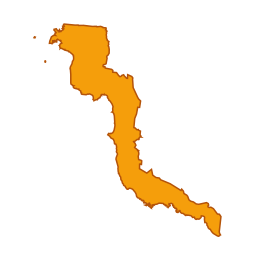 outline of Zamboanga del Norte, Zamboanga del Norte, Philippines, rotated 276°
{"feature_id": "2640588B39288775379873", "entity_name": "Zamboanga del Norte", "entity_type": "district", "adm_level": 2, "iso_a3": "PHL", "parent_name": "Philippines", "parent_adm1": "Zamboanga del Norte", "projection": "albers", "projection_center": [122.692, 8.0], "detail": "fine", "context": "isolated", "style": "filled", "palette": "amber", "viewbox_px": 256, "rotation_deg": 276, "n_neighbors": 0, "source": "geoboundaries", "source_scale": "gbopen_adm2", "svg_char_len": 5746}
<svg xmlns="http://www.w3.org/2000/svg" viewBox="0 0 256 256"><g transform="rotate(276 128 128)"><path d="M224.8,64.8L224.7,53.7L224.3,53.6L224.2,53.1L223.5,53.1L222.5,54.0L222.2,53.6L222.7,52.9L222.4,52.4L222.0,52.8L221.4,52.6L220.9,53.2L220.3,52.5L220.2,53.7L219.7,53.7L219.2,52.9L218.7,53.0L218.3,52.2L216.9,51.2L216.8,49.8L216.4,49.4L217.4,48.8L217.4,47.9L219.2,46.3L218.4,44.1L217.4,44.3L216.3,45.8L215.7,45.7L215.2,46.5L214.3,45.5L213.7,45.6L213.1,45.3L212.5,46.1L212.5,44.5L210.6,42.3L206.1,41.1L204.0,41.0L204.2,42.0L203.9,43.7L205.2,44.1L205.1,44.9L205.6,44.9L205.4,45.3L205.7,45.6L205.7,46.2L206.2,44.1L206.8,44.0L206.6,44.7L207.1,44.9L207.3,45.6L206.3,46.0L206.1,47.2L206.6,47.1L206.6,47.5L207.6,47.3L207.8,47.5L207.0,48.1L208.6,48.2L209.0,48.7L207.7,51.2L208.1,51.9L207.9,52.1L207.3,51.9L205.5,53.3L204.4,51.7L203.2,51.5L202.9,51.0L202.4,51.5L200.6,52.0L200.4,52.3L200.7,52.5L200.2,52.4L200.4,52.6L200.0,54.3L198.8,57.2L198.9,57.4L199.4,56.9L199.5,57.0L198.8,57.5L198.3,60.7L197.8,60.9L198.0,61.2L197.4,62.2L195.1,65.6L194.0,66.0L194.0,66.3L190.8,66.7L189.4,66.4L188.6,65.8L186.1,65.6L182.6,64.3L180.8,64.2L180.7,64.5L175.2,65.5L166.7,66.4L165.6,66.8L165.1,67.9L164.2,68.7L164.4,68.6L164.4,69.1L164.2,68.8L163.6,69.5L162.8,69.4L162.1,70.2L161.7,71.8L162.0,72.3L161.5,73.1L161.4,74.5L161.0,75.0L161.2,74.9L161.3,74.9L161.4,75.0L160.7,75.3L159.8,77.1L158.5,77.4L158.1,78.1L157.2,77.9L156.7,78.6L156.7,82.9L157.6,84.5L157.5,85.4L157.9,86.2L157.1,88.7L156.1,89.9L154.0,90.5L152.7,90.2L152.1,91.2L151.6,91.3L152.8,93.2L152.9,94.6L153.8,94.8L154.2,95.6L155.1,96.3L155.1,96.8L157.6,97.8L157.6,98.1L158.0,97.8L158.5,98.0L158.7,99.3L158.4,100.6L158.9,100.8L158.5,101.0L158.6,102.4L157.9,103.9L157.2,104.4L156.1,104.4L154.4,105.9L153.7,106.0L152.8,107.5L149.9,109.8L147.6,110.9L145.8,110.7L143.3,111.1L142.4,110.5L142.5,110.9L142.3,111.0L142.3,110.7L142.2,110.6L142.0,111.3L140.8,112.3L138.8,113.1L132.4,114.2L131.4,114.0L131.2,114.4L128.8,114.8L124.2,114.4L121.9,113.5L120.8,112.1L120.9,111.4L120.5,111.1L120.6,109.3L119.1,108.6L118.0,110.6L116.3,112.0L115.3,114.5L113.3,115.7L111.0,116.2L110.7,116.7L110.8,117.4L109.8,118.1L107.8,118.7L106.2,118.6L105.1,119.1L102.6,118.9L102.9,119.0L101.9,119.9L100.9,120.3L97.5,119.4L95.8,119.3L88.2,122.3L86.9,122.2L83.2,122.9L82.0,123.7L81.6,123.4L81.2,124.1L79.5,124.8L78.5,125.8L75.8,126.4L74.9,127.4L72.5,128.3L71.8,129.2L70.5,129.7L69.7,131.4L68.7,131.8L67.0,133.6L67.2,134.6L68.1,135.3L68.3,136.0L68.1,137.5L67.5,139.1L64.9,141.8L63.1,143.0L60.9,143.7L59.7,144.8L59.4,146.3L58.5,147.1L58.9,147.6L58.7,148.1L57.8,148.6L57.6,149.6L57.3,149.4L57.0,149.8L57.6,150.3L57.5,151.1L56.5,151.5L55.7,152.2L55.3,152.0L55.3,151.6L55.1,151.7L55.5,153.3L54.8,154.1L55.0,154.4L54.7,154.8L53.7,154.9L53.1,153.2L52.7,154.4L54.4,156.5L55.3,156.6L55.5,157.2L54.5,157.7L54.4,157.3L53.9,158.1L53.8,156.8L52.9,156.4L52.5,156.8L52.7,157.0L52.3,157.4L52.4,158.0L51.9,158.0L51.7,158.7L51.2,158.7L50.8,159.5L51.4,159.3L51.8,159.6L51.8,160.3L52.4,160.9L53.4,160.2L53.9,160.6L53.9,161.2L54.2,160.8L55.4,165.0L56.3,166.3L56.6,167.6L56.6,171.1L56.2,171.6L55.8,171.6L55.4,172.4L55.6,172.9L54.8,173.3L55.2,173.6L55.1,174.6L53.6,175.1L53.6,175.8L53.1,176.2L54.5,177.1L55.2,178.1L55.6,177.9L55.6,177.1L56.2,176.8L56.2,177.1L56.8,177.0L56.6,177.5L56.8,177.3L57.3,177.9L57.6,179.0L57.0,180.4L55.7,180.6L55.8,181.1L55.5,181.5L54.9,181.3L54.0,181.7L54.0,182.7L53.2,182.9L52.7,183.6L53.2,184.2L52.6,184.9L51.6,185.2L50.8,184.5L50.4,185.2L49.8,184.7L49.3,185.3L49.2,186.5L49.9,187.2L50.9,187.5L51.1,186.9L51.3,188.2L49.5,189.1L48.8,190.5L48.8,191.8L47.9,193.1L48.0,193.5L47.2,194.0L47.0,194.7L47.7,195.5L47.4,196.2L47.6,196.8L47.4,199.7L46.7,200.8L45.8,201.5L46.2,203.4L44.9,204.0L44.3,205.0L44.4,205.9L44.9,206.2L44.7,207.5L45.0,208.6L46.7,210.0L48.3,210.1L48.2,212.2L47.7,213.2L46.8,213.6L45.4,213.5L42.0,214.3L42.2,215.2L41.3,216.4L39.5,216.7L38.5,217.7L37.2,218.1L36.0,219.5L35.9,220.4L33.7,222.0L32.1,223.8L30.1,228.0L29.8,229.2L30.4,230.3L31.1,230.8L31.7,230.6L31.7,230.9L32.8,230.1L34.3,229.6L49.6,229.7L51.8,227.9L51.8,225.9L56.7,221.4L57.9,218.7L57.4,217.0L57.9,215.8L58.7,215.6L59.7,216.3L61.2,215.7L62.0,213.9L59.5,206.3L59.6,203.8L61.3,200.8L61.8,197.9L63.0,196.1L66.3,194.5L67.4,193.4L68.7,190.5L71.0,189.7L72.8,187.8L71.4,187.2L77.0,175.7L79.9,165.9L81.5,164.4L81.7,160.9L83.7,157.5L89.3,155.7L85.1,151.4L88.7,143.7L93.3,143.3L93.6,144.5L93.1,144.7L93.1,145.2L96.8,145.1L97.2,144.5L97.7,141.9L100.9,141.1L103.3,141.5L105.5,141.0L106.5,140.1L106.7,140.7L109.3,136.6L111.7,137.7L113.8,136.4L115.0,135.0L115.3,135.3L115.2,135.9L117.6,138.3L117.6,139.9L118.2,140.2L118.7,139.8L120.4,140.9L120.4,142.0L120.7,141.5L121.3,141.7L121.5,141.1L122.9,140.7L126.2,140.7L127.1,138.3L127.5,138.3L127.3,136.8L128.7,135.3L129.0,133.8L138.2,133.7L142.8,135.0L149.6,135.5L149.7,137.4L156.2,137.7L157.9,135.6L159.5,134.4L168.7,128.9L177.3,127.4L178.2,127.6L179.6,126.4L181.0,122.1L177.3,122.3L177.3,121.4L179.4,118.9L180.5,118.1L179.7,116.4L178.8,115.8L178.2,114.7L179.2,113.2L181.9,110.8L181.9,107.0L183.7,106.9L184.6,105.6L185.2,99.1L186.6,98.6L186.3,97.1L186.9,96.7L187.9,96.7L188.5,97.1L188.6,97.9L189.6,99.5L195.4,99.9L196.2,99.4L197.2,99.4L198.2,100.4L200.4,101.4L204.2,101.1L206.8,100.4L207.3,99.9L208.0,99.7L209.1,100.1L210.7,99.6L211.9,100.0L213.0,98.2L213.5,98.2L215.3,97.1L216.3,97.2L218.4,96.6L219.8,96.8L221.0,96.5L221.6,96.8L221.7,96.5L222.2,96.8L223.0,96.3L223.3,95.4L224.4,95.9L225.3,95.6L225.2,92.7L225.6,92.5L226.2,90.2L225.4,86.5L225.8,86.2L225.3,81.7L225.4,72.9L224.8,68.0L225.2,67.7L224.8,64.8ZM208.7,26.3L208.9,25.5L208.0,25.1L207.9,26.0L208.7,26.3ZM185.9,38.4L185.0,38.5L184.9,39.0L185.8,39.1L186.1,38.8L185.9,38.4ZM218.6,49.5L217.7,49.3L217.8,50.2L218.6,49.5Z" fill="#f59e0b" stroke="#b45309" stroke-width="1.5"/></g></svg>